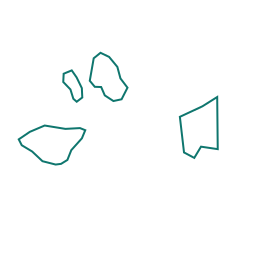 an SVG outline of Mont Fleuri, rotated 211°
{"feature_id": "SYC-5215", "entity_name": "Mont Fleuri", "entity_type": "state/province", "adm_level": 1, "iso_a3": "SYC", "parent_name": "Seychelles", "parent_adm1": "", "projection": "mercator", "projection_center": [55.496, -4.623], "detail": "fine", "context": "isolated", "style": "outline", "palette": "teal", "viewbox_px": 256, "rotation_deg": 211, "n_neighbors": 0, "source": "natural_earth", "source_scale": "10m", "svg_char_len": 700}
<svg xmlns="http://www.w3.org/2000/svg" viewBox="0 0 256 256"><g transform="rotate(211 128 128)"><path d="M166.9,62.8L171.2,59.4L184.2,55.5L198.1,58.5L210.2,58.5L215.8,62.0L210.2,74.1L200.7,87.2L181.2,95.0L169.1,103.2L163.5,104.1L162.2,95.4L165.2,79.8L163.5,69.4L166.9,62.8ZM55.8,136.5L67.4,135.9L89.3,164.3L75.4,184.9L67.5,200.5L40.2,156.1L55.8,149.6L55.8,136.5ZM177.7,146.2L185.1,148.8L193.3,170.1L190.3,178.3L180.8,179.2L168.6,174.9L160.0,166.6L149.2,162.3L148.3,149.3L154.4,143.6L164.7,144.0L172.1,149.3L177.7,146.2ZM185.5,124.1L189.9,124.9L197.2,131.4L207.2,134.1L211.1,141.4L205.9,148.4L198.1,144.9L188.1,138.4L182.9,130.6L185.5,124.1Z" fill="none" stroke="#0f766e" stroke-width="2"/></g></svg>